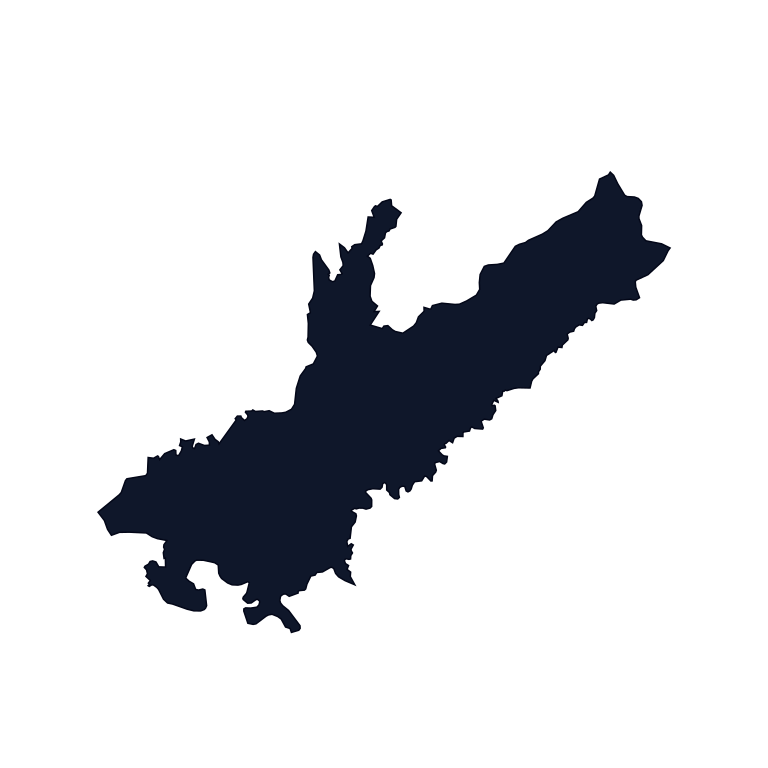 outline of Binh Xuyen, Vĩnh Phúc, Vietnam, rotated 36°
{"feature_id": "81297802B29926011513196", "entity_name": "Binh Xuyen", "entity_type": "district", "adm_level": 2, "iso_a3": "VNM", "parent_name": "Vietnam", "parent_adm1": "Vĩnh Phúc", "projection": "orthographic", "projection_center": [105.671, 21.329], "detail": "fine", "context": "isolated", "style": "filled", "palette": "ink", "viewbox_px": 768, "rotation_deg": 36, "n_neighbors": 0, "source": "geoboundaries", "source_scale": "gbopen_adm2", "svg_char_len": 6158}
<svg xmlns="http://www.w3.org/2000/svg" viewBox="0 0 768 768"><g transform="rotate(36 384 384)"><path d="M506.9,113.3L504.6,112.1L499.3,104.4L493.0,100.3L491.5,98.3L487.8,87.8L485.1,85.2L480.6,84.4L476.7,85.5L470.5,89.5L467.7,89.8L455.4,84.6L447.2,80.2L442.5,79.6L442.7,82.9L437.9,91.5L444.0,108.1L443.8,110.8L440.9,118.1L439.8,130.5L431.2,144.8L428.0,151.6L426.5,163.6L424.0,169.7L416.4,182.8L415.3,186.4L411.4,191.4L409.3,195.4L409.9,215.7L405.3,220.7L398.4,226.4L396.0,229.9L397.4,238.9L401.5,245.9L405.8,251.2L406.5,257.8L402.0,268.3L398.1,275.1L394.7,277.9L383.3,284.6L377.1,292.1L377.8,295.8L377.2,296.4L371.3,298.5L373.7,301.6L372.4,309.4L374.1,315.4L373.9,319.7L369.4,331.8L362.2,334.9L358.8,335.2L352.8,334.5L349.9,337.2L350.0,340.2L338.2,344.4L337.4,328.1L333.4,331.3L332.9,324.7L325.6,324.2L321.1,321.1L315.2,312.3L313.4,303.8L311.4,300.2L305.3,294.8L299.0,290.4L295.4,290.3L296.3,286.1L298.8,285.4L298.8,280.1L300.0,277.0L299.5,274.2L300.8,272.5L300.4,271.6L297.6,269.9L298.5,265.4L296.4,261.0L296.6,259.2L298.1,257.2L297.8,255.1L300.8,250.8L301.0,249.5L297.4,243.3L297.2,235.4L285.4,235.3L281.6,230.9L280.5,231.0L275.5,237.7L274.3,244.3L272.4,244.8L272.0,246.0L272.1,250.9L278.1,254.9L273.0,258.2L279.5,270.9L282.8,280.6L283.4,283.8L278.4,288.5L277.2,291.9L278.5,293.0L277.8,299.0L271.9,297.0L265.6,296.9L274.4,306.5L279.2,309.7L281.4,312.2L281.2,317.6L285.3,319.4L284.9,320.6L282.3,322.8L283.7,329.6L282.2,331.5L278.5,332.0L276.5,330.3L275.8,328.2L274.3,328.0L274.9,326.0L272.4,324.2L260.4,320.3L256.1,317.5L250.7,317.2L250.7,320.4L252.1,323.3L272.9,349.6L275.8,356.5L276.1,363.6L282.0,369.0L282.5,369.8L281.2,372.8L287.2,379.5L295.0,390.7L296.1,393.4L298.3,394.9L303.6,395.7L310.5,398.1L313.7,400.5L315.0,409.3L310.9,415.9L311.5,417.5L311.5,426.7L315.6,439.0L323.6,453.0L324.0,458.8L321.1,464.6L318.3,467.5L312.5,472.1L306.8,473.1L303.3,476.8L301.6,477.2L296.1,481.8L293.1,482.1L292.8,483.7L288.2,487.3L288.5,488.3L292.0,489.2L293.2,490.5L293.5,492.9L292.6,495.5L288.3,495.0L287.1,494.1L284.2,496.2L284.0,499.5L285.6,500.0L285.7,529.4L283.7,528.1L279.9,528.1L274.7,526.2L272.3,531.3L276.7,533.5L278.7,536.1L274.8,539.3L268.7,541.0L267.5,543.4L268.7,547.6L267.1,548.1L265.5,547.3L263.0,540.0L257.0,546.7L251.8,548.0L253.6,550.3L254.8,554.0L257.8,553.3L259.4,557.3L259.9,562.2L259.2,563.2L257.3,563.6L254.6,560.2L252.6,560.7L247.5,569.2L246.9,577.1L244.1,575.2L243.1,575.3L241.2,579.5L236.4,582.1L245.1,595.2L245.1,598.2L231.7,611.8L231.6,614.1L235.2,626.2L234.9,629.3L228.0,655.8L238.0,658.8L245.8,664.1L252.4,666.6L257.2,659.5L265.0,653.6L279.3,644.2L286.2,643.8L291.6,642.3L300.4,638.2L300.4,643.3L301.6,645.5L303.6,646.7L304.6,650.2L308.6,654.4L309.4,653.3L314.9,660.5L309.3,664.3L304.1,662.0L300.8,663.1L299.1,665.1L299.4,668.1L297.7,671.9L297.9,673.3L301.1,673.9L304.2,676.6L304.5,679.6L310.5,680.3L310.4,683.6L312.0,683.7L311.7,685.8L313.1,685.7L314.1,683.1L315.6,682.1L319.8,682.1L322.4,682.7L332.1,687.7L337.6,688.4L342.3,686.3L357.1,681.9L363.5,679.3L369.1,675.3L371.1,672.2L371.4,670.3L370.8,667.6L360.1,655.9L357.9,656.4L355.1,659.7L352.4,660.9L347.4,657.6L342.3,658.1L337.9,657.6L337.4,656.8L334.4,643.0L335.1,638.3L335.9,636.7L341.4,632.8L348.3,629.7L352.1,628.1L356.3,627.9L361.5,634.2L364.2,635.8L366.9,636.8L374.4,636.9L379.1,635.8L384.1,632.5L386.4,630.0L390.0,624.0L391.8,623.9L395.3,632.5L395.8,634.2L395.4,639.1L395.9,640.5L396.8,641.1L402.5,641.5L405.3,639.2L407.2,633.6L408.4,632.5L410.9,632.7L411.7,633.7L412.7,636.3L412.3,639.3L407.9,643.6L403.6,646.5L402.8,648.3L404.0,650.1L414.5,657.6L419.4,655.4L421.4,653.3L425.1,641.1L426.3,638.7L428.8,636.1L434.7,634.6L439.0,634.6L447.2,638.5L451.7,637.0L455.1,639.4L459.8,633.3L459.8,631.0L458.1,628.9L439.9,623.3L432.4,622.9L429.1,622.0L426.9,620.3L425.3,617.0L425.2,615.6L426.3,612.9L428.1,611.6L432.1,611.5L437.4,603.6L436.4,602.3L436.9,601.0L440.8,597.5L441.1,595.8L439.3,591.2L437.7,582.4L440.6,579.1L440.4,576.0L444.7,572.2L448.3,564.2L449.4,563.0L451.8,562.8L456.2,565.7L460.6,566.7L468.0,566.0L478.4,563.6L469.9,559.6L467.6,555.8L463.1,555.7L462.0,551.7L458.4,551.9L455.9,550.3L455.5,548.9L456.3,547.5L458.7,546.5L459.8,545.2L458.0,542.4L457.8,539.2L455.4,538.1L454.4,537.0L453.8,532.3L451.4,532.5L450.1,536.7L446.5,533.3L446.1,530.4L447.3,528.8L441.6,518.7L441.8,512.6L439.2,506.9L437.5,505.5L432.3,506.1L431.8,505.3L433.3,501.9L435.0,501.3L436.8,499.0L439.8,496.9L443.0,495.8L445.7,492.5L446.0,490.3L442.2,485.0L440.7,484.0L432.7,482.5L432.2,481.5L433.0,479.1L436.5,475.3L442.7,471.3L443.1,468.7L441.5,465.3L442.4,463.4L444.0,463.3L445.5,464.1L448.5,468.2L452.2,468.6L453.9,470.1L459.9,470.5L462.7,468.9L463.1,466.7L460.8,464.7L457.8,460.7L457.5,458.7L458.0,457.3L459.2,455.6L461.1,454.7L464.8,457.5L466.8,457.2L467.8,455.2L467.7,452.9L466.4,449.2L466.2,445.1L471.4,440.2L471.0,434.6L472.7,433.8L479.0,434.9L479.9,434.1L477.1,429.6L477.6,424.9L477.0,423.0L472.2,419.2L471.6,417.6L474.6,414.0L478.5,413.7L480.1,413.0L480.5,410.3L477.8,405.3L474.8,406.9L472.8,407.1L467.3,406.1L468.0,402.6L471.1,399.5L470.9,398.8L468.5,397.7L468.2,396.8L469.1,395.4L469.8,391.5L474.0,391.2L472.6,386.6L473.9,383.4L478.7,380.1L476.6,377.1L476.6,376.1L480.8,371.8L479.9,369.0L480.1,367.1L483.5,366.7L490.3,362.5L490.1,361.1L484.4,357.0L485.8,353.5L490.6,351.0L491.6,348.8L490.2,344.8L490.0,339.8L486.7,336.3L485.8,336.3L484.1,338.0L483.3,337.3L482.4,332.7L487.1,331.7L486.2,330.8L483.1,329.8L486.3,324.2L484.3,320.1L485.5,319.1L485.7,317.7L487.4,317.1L491.8,311.1L495.0,308.0L504.5,301.4L501.8,294.9L501.5,292.3L502.9,284.9L501.8,283.3L501.7,280.2L500.0,277.7L500.5,270.5L498.7,265.4L501.9,257.0L504.1,257.8L504.5,257.3L503.1,251.9L506.5,249.9L505.4,247.7L506.8,240.2L506.1,238.7L502.8,235.9L503.8,232.8L506.4,229.8L505.6,227.3L505.7,225.0L507.2,221.4L510.1,219.9L510.0,216.4L511.7,215.1L510.4,212.0L510.6,210.9L512.5,210.1L514.8,210.5L515.5,209.2L515.2,206.6L513.0,202.8L512.9,199.6L509.7,196.7L509.4,194.4L510.1,192.5L513.1,189.7L523.2,184.0L526.3,176.9L533.7,170.4L536.3,169.6L538.5,167.7L540.0,164.0L530.8,157.7L527.1,153.5L527.0,151.7L533.3,140.4L537.4,120.0L535.5,109.2L535.5,105.8L526.2,107.4L511.7,114.2L506.9,113.3Z" fill="#0f172a" stroke="#020617" stroke-width="1.5"/></g></svg>